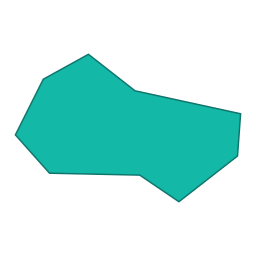 the state/province of Gżira
{"feature_id": "MLT-5938", "entity_name": "Gżira", "entity_type": "state/province", "adm_level": 1, "iso_a3": "MLT", "parent_name": "Malta", "parent_adm1": "", "projection": "mercator", "projection_center": [14.498, 35.901], "detail": "fine", "context": "isolated", "style": "filled", "palette": "teal", "viewbox_px": 256, "rotation_deg": 0, "n_neighbors": 0, "source": "natural_earth", "source_scale": "10m", "svg_char_len": 245}
<svg xmlns="http://www.w3.org/2000/svg" viewBox="0 0 256 256"><path d="M237.5,156.0L178.9,201.7L139.7,175.1L49.5,173.2L15.4,134.9L43.3,79.2L88.4,54.3L135.0,90.8L240.6,113.8L237.5,156.0Z" fill="#14b8a6" stroke="#0f766e" stroke-width="1.5"/></svg>